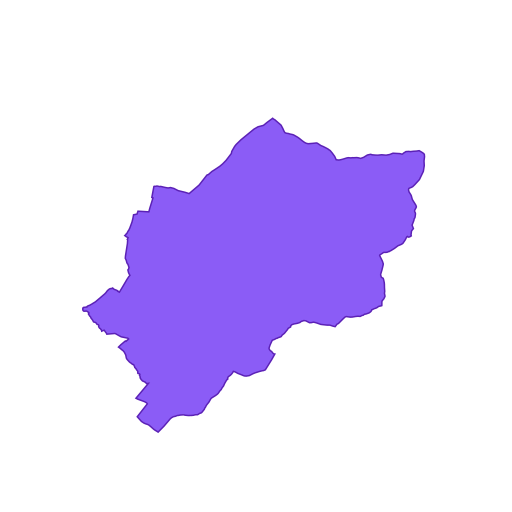 Bagaciu, Mures, Romania (Equal Earth projection), rotated 320°
{"feature_id": "2599482B34559158259683", "entity_name": "Bagaciu", "entity_type": "district", "adm_level": 2, "iso_a3": "ROU", "parent_name": "Romania", "parent_adm1": "Mures", "projection": "equal_earth", "projection_center": [24.35, 46.273], "detail": "fine", "context": "isolated", "style": "filled", "palette": "violet", "viewbox_px": 512, "rotation_deg": 320, "n_neighbors": 0, "source": "geoboundaries", "source_scale": "gbopen_adm2", "svg_char_len": 6042}
<svg xmlns="http://www.w3.org/2000/svg" viewBox="0 0 512 512"><g transform="rotate(320 256 256)"><path d="M271.2,361.0L274.2,360.3L275.8,360.7L282.7,360.1L285.1,360.0L285.7,360.2L286.2,360.4L289.0,363.5L290.6,364.7L293.5,366.4L295.4,367.7L296.8,369.1L297.3,369.4L298.8,369.6L300.1,370.3L301.6,370.3L302.9,371.1L306.1,372.3L307.9,372.4L308.7,372.3L310.2,371.6L310.8,371.9L312.3,372.2L314.6,373.1L316.0,373.4L317.4,373.4L320.4,374.9L320.6,374.8L323.0,372.0L323.4,371.7L324.0,371.4L326.3,371.0L328.6,370.0L329.0,369.7L330.4,367.2L331.9,365.8L334.1,362.8L336.2,360.2L337.1,358.9L338.5,356.3L339.1,354.8L338.6,353.6L338.4,352.5L338.9,351.7L339.2,350.8L339.8,350.1L343.3,347.8L347.0,345.1L348.2,344.1L348.5,343.7L349.5,341.3L351.0,335.2L351.2,334.9L351.7,334.8L354.0,335.1L356.0,335.3L356.4,335.5L357.5,336.5L358.7,337.3L359.6,337.7L360.5,337.8L360.8,338.2L361.6,338.3L362.8,338.6L367.0,339.2L371.3,339.4L374.4,340.4L376.0,340.7L376.8,340.7L380.9,339.5L383.6,338.3L384.0,338.3L384.5,338.3L384.7,339.2L385.1,339.7L386.3,340.2L387.9,340.4L388.3,339.5L391.1,336.9L391.9,336.6L394.2,336.2L395.4,332.7L399.7,330.3L401.1,329.2L402.4,328.8L403.7,327.7L405.0,326.5L405.5,325.9L405.7,325.6L406.2,323.7L406.8,323.1L407.3,322.8L409.4,322.0L410.4,321.5L411.1,320.0L412.0,313.7L412.3,312.7L413.7,309.7L414.0,308.5L414.4,305.4L415.0,304.0L415.8,302.9L416.5,302.5L417.0,302.6L419.5,303.4L420.7,303.6L423.5,303.4L430.3,302.5L438.5,298.8L439.6,297.9L443.0,294.9L445.8,291.2L448.9,288.3L450.3,286.3L450.3,285.1L449.8,283.3L448.7,280.2L446.4,278.8L443.7,276.8L441.5,275.4L440.3,274.1L438.0,272.4L435.1,272.0L433.8,272.1L433.3,271.8L432.0,270.0L427.0,265.3L423.7,264.2L420.5,262.4L417.3,259.2L414.2,257.1L412.5,255.6L410.0,253.1L409.3,251.9L408.9,251.6L406.2,250.2L401.9,249.6L398.9,248.5L397.8,246.9L396.5,245.4L394.1,243.6L393.1,242.7L391.7,241.8L389.9,240.0L388.5,239.2L384.9,237.7L382.4,236.5L381.1,235.7L379.3,233.8L380.3,230.3L380.6,226.1L380.6,223.0L380.3,221.7L380.1,221.4L380.0,220.5L379.3,218.7L377.9,215.4L376.7,213.1L375.5,209.0L374.9,208.2L372.2,206.4L368.1,203.5L366.8,201.7L366.2,200.2L365.5,197.5L364.8,193.8L364.2,191.6L362.8,187.8L362.3,186.8L360.3,184.2L359.5,182.9L358.3,181.6L357.5,180.3L357.5,179.4L357.8,178.0L358.5,175.6L359.3,171.9L358.0,163.7L357.4,162.3L357.3,161.2L350.8,160.8L345.6,160.7L340.6,158.3L336.1,157.5L319.2,157.3L312.5,157.8L310.1,158.3L304.6,160.3L303.2,161.5L302.7,161.7L294.6,163.5L289.6,164.0L286.0,164.0L279.5,163.3L276.6,162.9L271.7,163.0L270.8,162.5L270.2,162.5L257.9,165.1L244.9,165.2L242.6,161.6L238.4,155.9L236.5,151.4L234.5,148.6L232.4,147.4L230.4,145.0L227.7,141.4L227.0,141.1L225.1,138.7L224.0,138.2L223.0,137.3L222.5,137.1L213.8,144.2L214.4,145.3L205.4,151.1L202.3,153.3L194.4,145.8L191.8,147.4L188.7,145.7L185.7,148.2L182.8,150.3L177.4,153.4L174.8,154.6L174.3,154.6L171.6,155.7L170.9,155.6L170.2,155.9L168.6,156.0L169.0,157.8L169.8,159.8L168.0,160.6L168.1,161.1L165.4,163.9L156.0,172.1L154.4,173.7L153.8,175.9L152.7,178.3L152.5,179.4L152.6,179.9L151.3,183.2L150.7,183.5L150.0,184.1L148.9,184.3L147.7,186.7L147.3,188.1L147.0,189.8L145.1,190.1L141.8,191.1L134.5,193.7L128.1,195.9L127.4,194.2L127.7,194.1L127.3,192.8L126.0,190.5L125.8,189.8L125.7,188.7L125.4,188.2L124.9,188.4L123.7,187.5L123.1,187.2L122.0,187.0L120.5,187.0L119.5,187.1L117.5,187.6L115.8,187.8L103.5,187.9L97.2,186.9L95.2,186.2L94.5,186.1L94.0,186.1L93.7,186.4L90.8,184.5L89.8,184.6L89.6,184.8L89.5,185.2L89.1,185.4L88.6,186.1L88.5,187.2L88.6,187.5L89.3,188.2L90.5,189.0L90.9,189.5L91.1,190.1L91.2,190.8L91.6,191.6L91.4,192.3L90.6,192.5L90.3,192.8L90.2,193.6L90.2,194.1L90.0,195.0L90.1,196.3L89.6,197.9L89.7,198.9L89.6,200.2L89.2,201.9L89.2,202.1L89.5,202.6L90.2,203.5L90.5,204.9L90.3,205.9L90.3,206.3L91.1,207.4L91.0,208.1L90.7,208.4L90.1,208.9L89.9,209.6L89.8,210.5L89.8,211.0L90.1,211.5L90.1,211.8L89.9,212.9L90.1,213.2L89.9,213.8L89.5,214.4L91.0,214.9L92.0,215.2L91.7,219.7L91.5,220.0L97.9,224.5L98.4,225.1L100.3,230.1L100.8,231.3L105.0,236.6L105.1,237.7L101.5,237.8L101.3,237.1L95.6,237.1L92.1,237.4L92.6,239.4L92.9,241.5L93.3,243.1L93.3,245.0L92.6,248.1L91.1,250.8L90.9,251.4L90.8,252.6L90.9,255.6L91.1,256.8L91.6,258.4L91.6,259.2L91.8,259.8L92.4,260.4L92.4,260.7L91.8,262.9L91.5,263.4L91.6,265.7L91.4,266.0L91.3,268.3L90.9,268.9L90.2,269.6L90.1,270.1L90.9,271.2L91.0,271.8L90.8,272.2L90.1,272.4L89.9,273.0L89.9,273.4L89.8,273.7L89.5,274.2L89.3,274.6L88.9,274.8L88.6,277.0L88.7,277.8L88.7,278.7L89.4,280.0L89.8,281.1L90.1,281.5L90.1,283.1L90.3,283.7L90.7,283.9L91.4,284.1L91.8,284.4L72.6,287.8L73.3,289.5L76.9,295.8L77.6,297.5L77.8,298.5L77.7,299.4L61.7,302.8L61.9,309.1L62.8,312.1L63.7,313.8L64.8,315.5L65.3,316.8L65.7,319.1L66.3,323.1L66.7,324.6L67.6,327.2L67.8,328.0L76.2,327.2L85.7,325.6L87.4,325.6L89.4,326.0L91.3,327.0L93.2,327.6L94.0,328.2L95.5,329.0L97.9,330.7L98.7,331.4L99.2,332.2L101.6,334.7L104.4,336.9L105.9,337.9L107.3,338.5L109.2,340.0L110.2,340.2L111.6,340.3L112.9,340.9L113.7,341.0L114.6,340.9L117.9,340.2L118.9,339.6L120.2,339.3L121.7,338.6L122.8,338.3L125.9,337.7L129.4,336.4L130.5,336.2L135.5,336.9L137.6,337.0L138.8,336.9L142.1,336.0L143.3,336.0L145.3,335.2L147.6,334.7L150.0,333.5L153.3,332.3L154.3,332.1L155.4,332.1L155.7,331.3L156.7,330.8L157.5,330.7L159.7,330.9L161.6,330.7L163.3,330.3L164.5,329.8L165.5,331.3L166.6,334.2L168.5,337.6L169.4,339.4L170.0,340.4L171.3,341.7L174.0,343.3L177.9,344.2L179.9,344.8L184.5,346.7L187.0,347.9L188.1,348.6L190.0,349.2L201.3,345.5L207.4,343.2L206.8,342.5L206.5,341.4L206.6,339.0L206.2,338.2L206.1,337.5L206.2,336.3L206.4,335.5L206.8,335.0L207.3,334.6L209.8,333.1L214.3,331.0L216.9,331.9L218.2,332.0L219.3,332.6L220.4,332.8L222.7,333.7L223.5,333.9L225.3,333.4L227.8,333.5L228.7,333.4L230.1,333.1L232.9,332.6L234.1,332.1L236.9,332.6L237.2,332.4L237.4,332.1L237.8,331.8L239.0,331.6L241.3,332.4L244.3,334.1L246.7,335.1L247.1,335.2L247.6,335.1L249.3,335.4L250.0,335.9L250.8,336.0L251.6,336.7L252.5,337.7L254.1,341.5L255.5,342.6L257.5,343.6L258.5,344.9L259.5,346.4L261.7,350.1L265.8,354.4L268.2,356.5L269.8,359.1L271.2,361.0Z" fill="#8b5cf6" stroke="#5b21b6" stroke-width="1.5"/></g></svg>